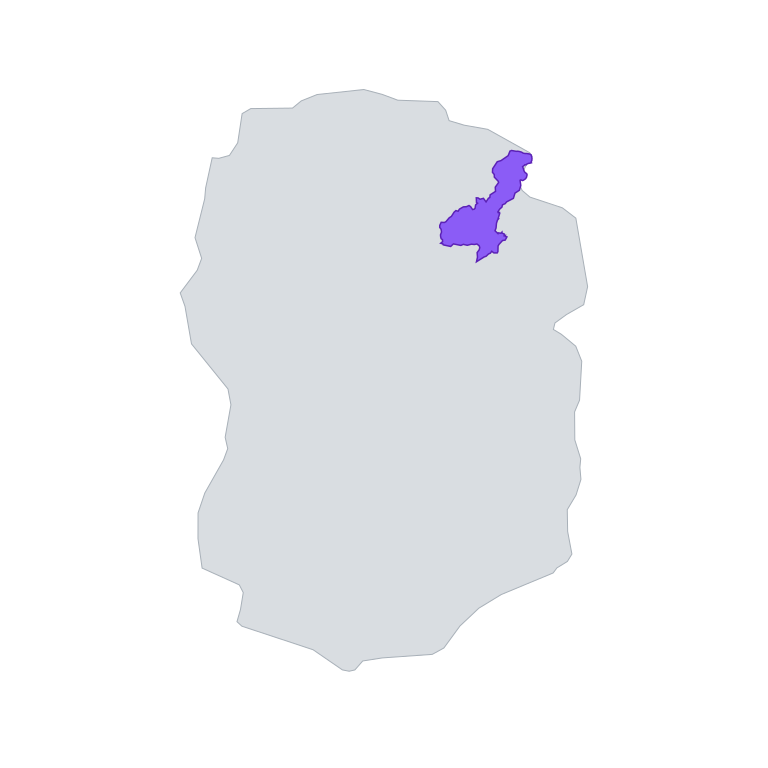 Gostivar, Gostivar, North Macedonia shown in context, rotated 106°
{"feature_id": "65306769B11113266730381", "entity_name": "Gostivar", "entity_type": "district", "adm_level": 2, "iso_a3": "MKD", "parent_name": "North Macedonia", "parent_adm1": "Gostivar", "projection": "orthographic", "projection_center": [20.801, 41.759], "detail": "fine", "context": "in_parent", "style": "filled", "palette": "violet", "viewbox_px": 768, "rotation_deg": 106, "n_neighbors": 0, "source": "geoboundaries", "source_scale": "gbopen_adm2", "svg_char_len": 3244}
<svg xmlns="http://www.w3.org/2000/svg" viewBox="0 0 768 768"><g transform="rotate(106 384 384)"><path d="M345.9,191.6L358.3,193.1L385.1,185.2L401.7,174.3L410.2,172.7L421.4,168.4L437.7,168.8L454.3,173.2L475.2,166.8L495.7,156.5L504.0,158.8L513.1,167.1L519.0,169.3L554.1,213.3L573.3,231.0L595.7,244.3L621.3,253.7L630.6,263.1L647.8,310.2L656.1,328.1L666.9,333.2L669.7,338.3L670.3,345.2L659.0,378.9L656.0,453.8L653.0,459.8L640.3,459.8L623.3,461.8L617.0,467.7L611.1,508.1L583.9,520.2L559.2,527.2L538.2,526.2L501.2,517.3L489.2,516.4L479.0,522.0L446.2,525.4L431.8,532.6L398.5,580.1L364.2,596.7L352.6,605.0L326.1,594.9L313.5,593.9L295.4,606.0L255.4,607.4L244.7,609.5L213.9,611.5L212.6,605.0L206.9,595.6L192.5,591.1L163.2,594.9L156.0,588.0L144.0,548.0L134.7,541.6L124.2,528.1L106.5,484.6L106.1,465.6L107.4,449.0L97.7,410.0L103.8,400.2L112.9,394.0L113.1,378.3L110.6,354.5L121.5,307.8L124.4,304.4L127.1,306.7L153.1,310.4L159.9,304.5L164.1,295.3L165.5,261.1L171.7,245.3L234.3,215.1L252.7,213.9L266.9,227.7L278.2,236.5L284.9,236.2L287.3,227.3L294.8,210.1L307.6,200.2L345.5,191.6L345.9,191.6Z" fill="#d9dde1" stroke="#a8b0b8" stroke-width="1"/><path d="M216.1,374.1L218.1,373.6L219.6,371.7L222.1,370.6L225.1,370.8L226.9,370.1L228.6,369.1L229.1,367.6L231.0,366.9L233.1,368.3L233.1,366.0L233.8,365.6L233.9,364.7L233.4,357.8L230.2,355.9L229.6,348.3L227.9,346.3L227.7,342.2L225.5,338.5L225.0,335.6L223.8,333.3L224.9,330.6L226.5,329.5L228.8,329.5L232.0,330.7L236.3,329.1L241.0,328.8L234.3,322.8L233.0,321.0L230.2,319.4L228.9,317.8L226.7,317.0L227.7,314.6L226.8,311.3L225.3,311.0L219.9,312.4L218.2,312.0L213.4,309.6L212.3,307.2L209.4,306.5L208.7,306.4L208.7,308.0L207.6,308.2L208.3,309.4L206.7,309.7L206.4,312.2L205.5,312.5L206.9,313.3L207.2,315.8L208.0,315.9L206.1,319.5L203.1,319.3L198.4,320.2L195.2,320.1L193.6,319.4L193.6,319.9L188.0,319.8L187.3,320.2L187.7,320.9L187.1,321.3L187.6,321.6L187.2,322.0L184.0,321.0L181.5,319.4L179.1,319.5L177.2,317.2L175.2,316.4L169.9,310.8L164.4,310.7L160.5,307.3L155.6,307.2L154.1,307.8L153.1,308.3L152.4,308.6L150.9,309.3L150.6,309.2L150.4,309.2L150.1,308.7L150.1,308.1L150.3,307.4L150.2,306.8L149.5,306.0L147.7,304.5L146.1,304.0L143.6,304.1L143.2,304.3L142.4,304.9L142.0,306.3L141.4,307.3L140.0,308.6L138.4,309.5L136.9,310.7L135.3,309.5L134.4,309.0L134.2,307.8L133.4,307.4L132.2,306.1L131.5,304.5L131.2,304.1L130.9,303.6L130.7,303.3L130.4,303.7L130.1,303.8L129.5,303.7L129.2,303.7L128.4,303.5L128.1,303.6L126.4,303.9L125.3,304.4L123.2,305.7L123.0,306.2L122.8,307.4L123.1,310.5L123.4,311.4L123.6,312.2L123.6,312.5L123.7,313.2L123.7,314.0L123.5,314.6L123.2,315.7L123.2,316.0L123.2,316.4L123.2,317.1L123.2,318.3L123.4,319.8L123.6,320.1L123.9,321.1L124.0,322.1L124.4,325.9L125.3,326.8L125.4,327.1L130.3,327.6L137.0,333.1L139.1,336.4L147.1,338.9L150.6,338.1L152.3,335.7L154.7,335.0L157.7,330.0L158.8,329.4L164.1,331.3L168.1,329.9L172.9,334.1L175.6,333.7L176.6,334.8L180.8,336.1L178.1,339.6L179.9,342.6L179.2,344.8L179.6,346.6L184.1,345.1L184.4,343.9L186.6,345.3L190.0,344.9L191.0,345.4L191.9,346.9L189.6,349.7L189.0,351.5L190.8,353.6L191.9,356.6L195.1,359.7L197.5,360.4L197.5,362.7L199.5,364.0L204.3,365.4L206.2,367.1L210.9,369.2L212.1,370.5L212.8,373.6L216.1,374.1Z" fill="#8b5cf6" stroke="#5b21b6" stroke-width="1.5"/></g></svg>